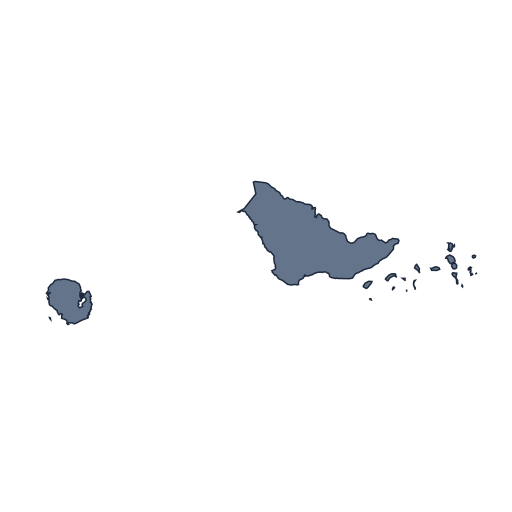 Biak Numfor, Papua, Indonesia (Albers equal-area conic projection), rotated 348°
{"feature_id": "22746128B19254678251292", "entity_name": "Biak Numfor", "entity_type": "district", "adm_level": 2, "iso_a3": "IDN", "parent_name": "Indonesia", "parent_adm1": "Papua", "projection": "albers", "projection_center": [135.909, -1.013], "detail": "fine", "context": "isolated", "style": "filled", "palette": "slate", "viewbox_px": 512, "rotation_deg": 348, "n_neighbors": 0, "source": "geoboundaries", "source_scale": "gbopen_adm2", "svg_char_len": 6054}
<svg xmlns="http://www.w3.org/2000/svg" viewBox="0 0 512 512"><g transform="rotate(348 256 256)"><path d="M247.6,209.2L248.8,209.9L251.1,208.8L252.1,208.8L252.8,209.8L253.8,209.8L255.0,210.8L255.9,213.8L256.9,214.9L257.4,216.6L258.0,216.8L257.8,218.1L259.2,219.7L259.3,221.0L260.6,222.7L260.4,223.8L260.8,225.0L262.4,225.4L260.9,226.0L260.4,227.5L260.6,229.3L261.2,229.8L261.3,231.1L262.5,231.7L262.9,233.3L262.7,235.8L264.0,237.4L264.2,238.8L264.9,239.2L265.5,238.9L265.2,240.9L265.7,243.4L265.2,245.4L266.2,245.9L266.6,246.9L266.4,248.2L266.9,249.8L267.7,250.4L268.2,252.8L270.4,255.0L271.2,255.0L273.3,258.9L273.7,260.3L273.0,261.7L272.5,266.4L273.2,269.4L272.7,269.9L272.6,272.1L272.0,273.0L268.5,273.7L268.8,274.2L268.5,275.0L270.6,278.8L271.2,278.5L272.0,279.2L273.2,282.5L274.0,283.4L276.8,285.3L280.9,290.2L284.3,291.7L288.2,291.9L289.9,292.7L291.6,292.8L292.0,290.5L293.3,288.7L297.4,287.6L298.2,286.4L299.8,286.0L299.3,285.0L299.6,284.7L300.1,284.8L300.4,285.7L302.7,286.4L307.8,285.9L308.8,285.3L312.9,284.8L316.5,285.3L317.5,285.9L318.9,285.7L321.1,286.2L322.4,287.7L323.7,288.2L323.8,291.5L325.2,292.7L329.3,294.6L330.3,294.4L331.5,295.0L342.6,297.6L345.8,297.7L348.9,294.5L351.1,293.6L352.5,293.7L355.2,292.7L357.2,292.5L358.0,291.9L358.6,291.8L359.0,292.3L358.9,291.8L360.1,291.6L366.3,291.3L370.7,289.1L373.9,288.5L375.6,286.6L380.2,284.9L382.7,284.5L385.4,282.9L391.8,277.9L392.7,274.7L395.0,273.2L397.5,273.2L399.0,270.8L398.5,269.1L393.2,267.2L391.7,267.9L389.6,267.9L386.6,270.1L384.8,269.6L382.1,266.6L380.2,266.5L378.7,265.4L377.9,263.4L377.3,259.8L375.1,258.2L372.5,258.0L370.1,257.0L369.3,257.2L368.0,258.9L365.5,259.7L362.6,259.5L359.1,260.1L355.0,263.1L352.4,263.3L351.1,263.0L348.5,260.7L347.9,256.9L348.0,254.7L346.6,252.3L345.2,251.3L342.9,250.9L334.7,244.3L333.7,241.4L334.5,237.9L333.1,234.6L329.7,233.5L328.4,231.7L328.3,230.0L326.1,227.9L323.9,229.0L323.2,230.8L321.6,229.8L322.9,227.2L322.7,226.7L323.1,224.3L324.1,221.7L324.0,221.0L322.3,220.7L321.3,221.7L320.6,221.7L321.3,219.1L320.8,218.1L319.3,216.8L314.8,215.5L312.8,213.6L309.0,211.7L308.6,211.9L306.7,211.2L303.6,208.3L300.9,207.5L299.6,205.7L298.5,205.3L297.1,206.2L295.8,206.3L294.7,204.8L294.3,203.0L292.8,201.3L292.3,198.9L289.1,196.0L288.3,194.1L285.3,191.5L282.8,187.8L280.1,186.2L270.6,182.9L268.8,183.2L268.8,195.2L254.3,207.2L247.6,209.2ZM57.6,237.8L55.0,238.2L54.5,237.9L51.4,240.7L49.3,241.4L46.2,244.0L45.9,246.4L43.2,249.0L43.8,249.7L46.8,248.9L47.1,249.2L44.2,251.0L44.9,252.3L44.7,254.4L43.9,254.8L43.3,254.0L43.4,255.2L44.5,256.4L43.7,258.6L44.1,259.4L43.8,260.5L44.7,261.9L46.1,262.6L48.0,265.8L49.0,266.6L49.3,267.5L50.2,268.0L50.0,269.3L50.9,272.2L51.3,272.5L52.8,271.6L53.9,272.3L53.7,273.1L54.7,272.6L53.6,274.1L52.9,276.5L56.2,278.4L57.4,279.7L57.6,280.6L57.0,282.6L57.6,283.8L58.4,283.9L57.9,282.7L58.9,282.2L60.5,283.0L61.8,282.9L63.0,283.4L63.3,284.2L65.0,284.6L72.2,282.6L78.8,281.6L79.1,281.2L78.0,280.5L79.0,280.7L78.9,280.0L79.8,279.4L79.3,278.9L80.9,278.2L80.6,277.7L81.1,277.7L80.8,276.8L81.4,276.8L81.7,275.9L82.6,275.3L82.5,274.7L83.8,273.9L83.3,273.1L83.9,272.7L84.8,270.0L85.6,269.3L85.3,267.5L84.5,267.3L84.4,267.1L84.8,267.1L85.0,266.2L84.7,264.3L85.5,263.5L85.1,261.5L86.4,261.2L85.2,255.9L83.5,255.6L81.0,257.6L80.4,257.6L79.2,259.1L79.0,260.5L80.5,261.6L80.8,263.9L78.1,265.8L76.6,266.2L75.8,267.3L76.0,269.3L72.6,270.0L71.6,267.7L72.9,266.4L72.3,266.0L72.4,265.0L71.9,264.7L72.7,264.8L73.4,263.0L74.1,263.4L75.1,262.9L75.0,263.6L75.6,263.6L76.4,262.0L75.4,259.2L75.4,257.9L76.1,256.7L76.1,255.3L77.9,253.6L77.5,251.9L77.8,250.2L77.1,246.6L73.2,242.9L71.0,242.4L67.4,240.1L63.4,238.6L59.1,238.4L57.6,237.8ZM448.7,297.8L445.9,295.4L443.3,295.8L441.6,296.8L441.1,297.7L442.7,298.2L443.2,299.8L443.0,301.0L444.5,303.9L445.7,304.0L449.2,303.0L449.7,302.3L449.6,300.1L448.7,297.8ZM364.1,305.0L360.9,304.2L357.1,305.3L354.6,307.8L354.7,308.5L357.0,310.6L358.3,310.4L363.2,306.5L364.1,305.0ZM384.9,301.7L382.3,302.2L378.0,305.0L377.8,305.5L378.8,307.0L379.8,307.7L382.4,305.2L387.0,303.9L389.3,306.0L388.6,304.6L388.8,302.9L387.8,302.1L384.9,301.7ZM448.7,283.7L446.5,283.3L447.1,284.1L445.9,288.7L446.6,288.6L447.0,289.4L446.5,289.7L445.9,289.0L444.9,289.4L446.3,291.5L447.6,292.0L449.7,289.5L449.4,288.9L450.0,287.4L450.6,287.8L451.0,287.4L450.5,285.1L448.7,283.7ZM428.8,303.9L425.2,304.7L424.3,304.4L424.8,306.5L429.8,307.7L432.9,307.2L432.6,305.6L430.4,304.2L428.8,303.9ZM447.3,304.2L445.3,305.9L445.3,307.1L446.1,309.4L447.7,310.0L449.6,309.4L450.4,306.9L449.5,304.9L448.8,304.3L447.3,304.2ZM413.2,302.3L411.5,297.6L410.1,298.3L408.6,300.7L411.3,303.7L412.6,306.7L412.5,304.7L413.2,302.3ZM445.0,313.3L444.1,314.1L444.3,315.6L445.7,317.8L446.4,318.2L447.1,320.5L447.5,320.5L447.1,318.5L448.8,314.6L445.0,313.3ZM468.1,303.2L470.2,302.8L470.8,301.5L469.9,300.7L468.4,300.6L467.6,301.1L467.5,302.3L468.1,303.2ZM463.3,311.3L461.3,312.2L460.8,313.1L460.9,313.9L462.4,313.9L462.6,313.0L464.2,312.1L463.3,311.3ZM77.4,259.4L77.0,258.6L75.9,259.5L76.7,261.6L77.5,261.5L78.1,260.4L78.2,259.3L77.4,259.4ZM78.6,259.1L79.4,257.3L78.8,256.3L78.0,256.3L77.3,258.5L78.6,259.1ZM447.7,325.0L448.1,321.8L447.8,320.9L447.2,320.7L446.6,324.5L447.0,325.2L447.7,325.0ZM406.8,312.9L405.9,312.9L405.2,313.5L404.2,316.2L404.1,317.1L404.9,322.1L405.1,320.0L404.2,317.6L404.6,315.7L405.3,314.3L406.8,312.9ZM397.2,308.9L394.6,308.3L397.0,311.2L396.7,310.0L397.2,308.9ZM382.6,317.3L384.8,315.9L384.9,315.4L383.8,315.0L382.5,316.9L382.6,317.3ZM464.0,319.1L463.6,318.0L462.2,318.6L462.2,319.6L464.0,319.1ZM75.9,259.2L76.6,258.5L77.2,256.6L76.0,257.5L75.6,259.0L75.9,259.2ZM359.6,322.9L359.4,321.6L358.3,321.6L358.3,322.1L359.6,322.9ZM451.5,327.2L451.0,328.1L451.6,329.1L451.9,328.4L451.5,327.2ZM41.9,275.4L42.0,273.8L41.2,273.3L41.3,274.2L41.9,275.4ZM462.2,317.0L462.9,316.0L463.1,314.9L462.0,316.2L462.2,317.0ZM451.0,288.9L452.3,287.5L452.3,286.7L450.8,288.6L451.4,288.2L451.0,288.9ZM467.4,319.1L468.7,318.4L466.8,319.2L467.4,319.1ZM396.1,322.3L396.1,321.3L396.4,320.1L396.0,321.4L396.1,322.3Z" fill="#64748b" stroke="#1e293b" stroke-width="1.5"/></g></svg>